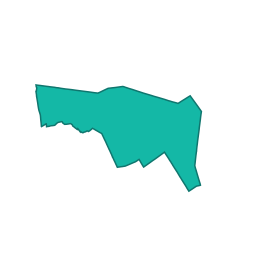 Thap Muoi, Ðong Tháp, Vietnam (Mercator projection), rotated 324°
{"feature_id": "81297802B37339373723835", "entity_name": "Thap Muoi", "entity_type": "district", "adm_level": 2, "iso_a3": "VNM", "parent_name": "Vietnam", "parent_adm1": "Ðong Tháp", "projection": "mercator", "projection_center": [105.765, 10.559], "detail": "fine", "context": "isolated", "style": "filled", "palette": "teal", "viewbox_px": 256, "rotation_deg": 324, "n_neighbors": 0, "source": "geoboundaries", "source_scale": "gbopen_adm2", "svg_char_len": 4109}
<svg xmlns="http://www.w3.org/2000/svg" viewBox="0 0 256 256"><g transform="rotate(324 128 128)"><path d="M197.2,138.5L194.7,138.3L190.2,138.0L188.9,137.9L186.1,137.7L185.7,137.7L183.8,137.6L182.9,137.5L182.8,137.3L181.5,135.6L179.1,132.7L177.8,130.9L176.8,129.7L174.6,126.6L172.3,123.6L170.0,120.6L167.7,117.7L165.8,115.1L165.4,114.6L160.8,108.6L158.6,105.5L158.5,105.4L156.4,102.5L154.1,99.3L151.8,96.3L150.9,95.0L149.5,93.1L149.4,92.9L149.2,92.6L148.3,91.4L145.7,90.0L144.4,89.3L141.4,87.7L137.9,85.7L135.2,84.2L131.0,83.4L126.5,82.6L124.2,82.1L122.0,80.1L119.6,77.8L119.5,77.7L118.6,76.8L111.7,70.3L108.3,67.1L104.9,63.8L101.4,60.6L101.0,60.3L97.0,56.4L95.5,54.8L93.6,53.1L92.7,52.1L91.4,50.9L90.2,49.8L89.1,48.8L88.0,47.7L86.6,46.4L84.7,44.6L83.5,43.5L82.4,42.4L81.2,41.3L79.8,40.0L78.9,39.1L78.0,40.7L77.8,41.9L75.5,44.3L75.3,44.1L75.1,44.2L73.5,47.3L72.6,48.7L72.2,49.6L71.0,52.0L69.6,54.8L68.3,57.2L66.9,60.0L66.3,61.4L65.0,65.3L64.9,65.4L64.8,65.8L63.9,67.4L62.3,70.0L60.7,72.8L58.8,75.9L58.8,76.0L61.5,76.3L64.2,76.5L64.3,76.6L63.1,78.8L62.9,79.1L63.8,79.5L64.7,80.0L65.0,80.2L66.3,80.6L67.7,81.3L68.1,81.6L69.8,82.5L70.3,82.7L70.9,82.7L71.8,82.5L72.4,82.5L73.6,82.3L73.9,82.3L74.2,82.3L74.5,82.4L75.0,82.5L75.9,82.9L77.0,83.4L78.0,83.8L78.3,84.0L78.4,84.3L78.3,84.6L78.2,85.2L78.2,85.6L78.2,85.8L78.3,85.9L78.4,86.1L78.5,86.6L78.7,87.3L78.8,87.6L78.9,87.8L79.0,87.9L79.2,88.0L80.0,88.5L80.4,88.8L81.4,89.3L82.3,89.8L83.0,90.1L83.5,90.4L83.9,90.6L84.1,90.7L84.2,90.8L84.3,91.0L84.4,91.3L84.5,91.6L84.7,92.3L84.7,92.5L84.8,92.7L84.7,93.1L84.5,93.8L84.5,94.0L84.8,94.9L85.0,95.6L85.3,96.8L85.7,98.0L85.9,98.8L86.1,99.4L87.0,99.0L87.1,103.2L87.5,103.0L88.0,104.3L88.5,105.1L88.8,105.4L89.8,105.5L90.4,105.7L91.2,106.0L91.3,106.1L91.7,106.2L92.5,106.2L93.0,106.3L93.3,106.4L93.5,106.6L93.8,107.5L94.8,107.7L95.6,107.7L97.2,107.6L98.4,107.5L99.1,107.4L99.6,108.4L100.0,109.3L100.6,110.7L100.8,111.2L101.3,112.2L101.5,112.7L101.6,112.8L102.2,114.3L102.3,114.5L103.1,116.2L103.5,117.1L103.3,118.1L103.2,118.3L103.2,118.7L103.0,119.7L103.0,119.8L102.7,121.2L102.7,121.5L102.4,122.7L102.3,123.4L102.2,123.9L102.0,125.2L101.8,126.2L101.7,126.8L101.5,127.6L101.3,128.6L101.2,128.9L101.1,129.6L101.0,130.2L100.8,130.9L100.6,132.1L100.5,132.6L100.3,133.4L100.2,133.9L100.0,135.3L99.9,135.8L99.6,137.1L99.6,137.4L99.4,138.1L99.2,139.0L99.2,139.3L99.1,139.8L98.9,140.5L98.7,141.4L98.6,142.1L98.4,142.2L98.4,142.3L98.3,143.3L98.1,144.4L97.7,146.2L97.6,146.9L97.4,148.1L97.3,148.4L97.2,149.0L97.1,149.5L96.9,150.2L96.9,150.5L96.6,152.0L96.4,152.8L96.3,153.5L96.8,153.7L98.0,154.4L98.8,154.8L99.2,155.0L99.3,155.1L99.6,155.2L100.4,155.7L101.0,156.0L103.4,157.2L107.6,158.2L111.2,159.0L113.4,159.5L114.1,159.7L115.7,159.8L118.5,159.9L118.4,161.2L118.2,163.0L118.0,164.8L117.7,168.2L117.7,168.8L125.3,168.9L127.2,168.9L129.5,168.9L131.2,169.0L133.0,169.0L143.3,169.0L143.2,170.4L143.2,170.7L143.1,172.7L143.0,175.0L142.9,176.8L142.7,178.9L142.7,180.8L142.6,181.2L142.5,182.2L142.5,183.2L142.4,184.2L142.3,184.7L142.3,185.3L142.2,186.2L142.2,187.0L142.2,187.3L142.1,187.6L142.1,188.2L142.1,188.4L142.0,189.7L142.0,190.3L141.9,191.3L141.9,191.8L141.9,192.1L141.9,192.3L141.7,194.3L141.6,195.3L141.5,196.4L141.3,198.4L141.3,199.4L141.2,200.4L141.1,201.4L141.0,203.4L140.9,204.4L140.8,206.3L140.7,207.3L140.7,208.2L140.6,208.9L140.6,209.5L140.4,211.0L140.3,212.0L140.3,212.3L140.2,213.6L140.2,214.2L140.1,214.7L140.1,214.9L142.3,215.0L143.8,215.1L144.5,215.1L149.2,215.3L151.5,216.3L152.9,216.9L153.0,216.9L153.6,215.4L154.2,213.6L155.2,210.7L155.9,208.7L156.5,207.0L157.4,204.5L158.2,202.3L158.9,200.2L159.9,197.7L162.3,195.1L164.2,193.0L166.1,190.9L167.7,189.2L169.0,187.8L169.3,187.5L169.7,187.2L171.0,185.6L172.9,183.5L174.9,181.4L176.8,179.3L178.7,177.3L180.7,175.2L182.6,173.2L184.4,171.3L186.1,169.4L187.9,167.5L189.4,165.9L191.5,163.7L193.4,161.6L195.4,159.5L197.1,157.8L197.1,157.6L197.2,150.6L197.2,150.4L197.2,150.1L197.2,149.2L197.2,148.1L197.2,145.9L197.2,145.6L197.2,144.7L197.2,143.7L197.2,141.7L197.2,140.6L197.2,139.6L197.2,139.3L197.2,138.5Z" fill="#14b8a6" stroke="#0f766e" stroke-width="1.5"/></g></svg>